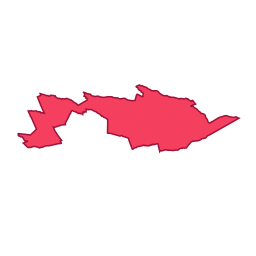 outline of Tepatlaxco de Hidalgo, Puebla, Mexico, rotated 105°
{"feature_id": "50627088B11175343650658", "entity_name": "Tepatlaxco de Hidalgo", "entity_type": "district", "adm_level": 2, "iso_a3": "MEX", "parent_name": "Mexico", "parent_adm1": "Puebla", "projection": "robinson", "projection_center": [-98.003, 19.146], "detail": "fine", "context": "isolated", "style": "filled", "palette": "rose", "viewbox_px": 256, "rotation_deg": 105, "n_neighbors": 0, "source": "geoboundaries", "source_scale": "gbopen_adm2", "svg_char_len": 5870}
<svg xmlns="http://www.w3.org/2000/svg" viewBox="0 0 256 256"><g transform="rotate(105 128 128)"><path d="M132.1,66.4L130.0,65.7L125.0,63.4L124.0,61.9L123.4,60.1L122.9,59.2L122.1,56.8L120.5,54.7L118.9,53.6L118.7,52.4L117.9,51.3L117.5,50.4L115.1,49.3L113.5,47.4L89.8,23.3L89.5,26.0L89.2,26.7L90.0,27.6L90.5,29.0L90.8,33.2L90.8,34.2L90.5,35.7L91.2,37.8L91.7,38.7L92.9,40.1L93.3,41.2L94.6,43.1L100.1,48.3L100.3,48.8L100.8,48.9L101.0,49.3L101.7,49.6L102.0,51.0L101.6,52.1L100.4,53.0L99.9,53.1L99.3,53.6L98.3,54.8L97.9,55.7L96.2,56.3L95.8,56.7L95.1,57.7L94.9,58.6L94.8,60.4L95.0,60.9L94.7,61.5L93.8,62.8L93.7,63.5L93.3,64.3L91.8,66.7L91.4,68.0L91.4,68.7L91.0,69.8L90.3,70.4L90.3,71.4L90.7,72.4L90.7,72.8L90.4,72.9L90.1,72.7L88.9,71.3L87.6,68.9L87.4,68.8L87.3,69.2L87.4,69.8L86.5,70.0L85.8,71.3L85.2,71.7L85.0,72.4L84.7,72.6L84.6,73.0L85.0,73.5L85.8,73.5L85.6,74.9L85.2,76.1L84.9,76.8L85.0,77.3L84.5,77.6L84.7,77.8L84.5,78.4L84.5,78.7L84.4,78.7L84.3,79.5L84.4,80.1L85.0,80.5L85.4,81.2L85.4,81.4L85.5,81.8L85.4,82.2L85.7,83.0L85.7,83.9L85.8,84.8L86.2,85.6L86.6,85.6L86.5,91.6L87.3,95.1L87.0,95.5L87.4,96.0L87.0,97.1L86.9,98.1L86.6,98.7L87.3,100.3L87.4,101.5L87.3,103.6L86.4,106.1L86.2,106.8L85.8,107.3L85.3,107.7L85.0,108.3L84.7,109.5L84.6,110.3L84.9,110.9L85.0,112.0L85.3,112.3L85.5,113.0L85.9,114.9L85.7,115.4L85.4,115.8L85.0,117.6L85.1,118.3L84.9,119.0L84.2,120.1L84.1,120.6L83.9,121.9L84.0,123.7L83.5,124.6L83.4,125.1L83.8,125.9L83.8,126.6L83.5,128.1L83.9,128.5L84.0,128.8L84.3,129.2L85.2,130.2L85.4,130.7L86.0,130.8L86.4,130.2L86.7,128.7L87.6,128.3L88.2,127.5L88.6,126.5L89.0,125.1L89.2,124.5L89.5,124.3L89.8,124.5L89.9,124.3L90.5,122.2L93.8,121.8L94.0,121.9L94.0,122.6L93.1,126.7L93.0,127.9L94.4,128.4L95.8,128.3L99.6,128.4L100.0,129.5L100.4,130.3L100.7,132.3L100.9,134.1L101.1,135.0L101.0,135.5L100.8,136.2L100.6,137.5L100.1,138.4L100.6,140.3L101.5,142.1L102.0,143.7L102.1,144.4L101.6,145.3L101.6,146.0L102.1,147.5L102.0,148.1L102.3,148.9L102.3,150.2L102.0,151.5L102.9,155.3L104.8,159.5L104.8,160.7L105.3,162.9L105.1,163.1L104.9,164.4L105.2,166.0L105.5,166.7L105.8,167.1L105.9,167.6L106.2,168.3L106.1,168.8L106.1,169.5L106.3,171.1L106.0,172.0L105.5,172.4L105.2,172.8L105.1,174.0L105.3,174.9L105.3,175.9L105.4,177.2L105.1,177.7L105.0,178.9L105.0,179.4L104.8,179.9L105.1,180.1L105.2,179.8L105.9,179.2L106.6,178.9L106.8,178.4L108.7,178.7L108.9,176.8L109.4,176.8L109.5,176.4L110.0,176.5L110.2,174.7L111.7,174.8L119.0,182.0L118.6,182.6L118.5,183.1L118.3,183.4L118.0,183.7L118.0,183.9L117.8,184.1L117.3,186.7L116.9,187.2L116.9,187.7L116.4,188.3L115.9,189.7L115.7,190.0L115.8,191.2L115.7,191.6L115.5,191.8L115.4,192.2L115.6,193.1L115.2,194.5L115.2,194.8L115.6,195.6L115.9,195.7L116.0,195.9L116.5,197.6L116.7,199.1L117.4,199.9L117.4,200.4L117.0,200.8L117.2,201.4L117.1,201.9L117.5,203.3L117.5,203.7L117.0,205.5L116.2,206.2L116.1,206.5L115.9,206.6L116.2,206.9L115.8,207.8L115.8,208.3L116.0,208.6L116.2,210.1L116.2,210.8L116.7,211.7L117.4,211.7L117.8,212.8L117.7,213.3L117.3,213.8L117.6,214.9L117.9,215.4L118.0,215.9L117.6,216.8L117.5,217.9L117.7,219.8L117.4,220.9L117.5,221.8L119.1,220.7L121.4,223.6L122.6,222.7L130.4,216.8L135.4,212.6L135.5,214.0L135.3,214.4L135.5,215.3L135.9,215.8L135.9,216.3L135.7,216.6L135.4,216.5L135.2,216.7L135.1,217.0L135.2,218.5L135.6,218.9L135.5,219.3L135.7,219.9L135.6,220.2L135.3,220.6L135.2,221.1L136.1,223.4L136.4,225.1L136.2,225.7L136.7,226.3L136.7,226.7L136.9,227.5L137.1,227.7L137.3,228.8L139.0,227.7L140.5,226.2L142.0,225.3L142.9,224.1L152.9,216.1L158.7,219.6L160.1,220.6L160.8,226.5L161.2,228.2L161.4,230.7L161.7,232.0L161.9,232.5L162.1,232.7L162.6,232.2L162.7,231.6L163.0,231.6L163.4,232.0L163.8,232.0L163.9,231.8L164.0,230.3L164.3,229.2L164.1,227.9L164.1,227.6L164.9,226.6L165.2,226.6L165.4,226.5L166.0,225.4L166.8,224.9L166.9,224.7L167.1,224.3L167.1,223.6L166.5,221.1L169.7,225.3L169.9,224.9L170.1,224.3L171.0,222.9L172.3,220.4L172.5,220.3L172.6,219.9L172.5,218.8L172.0,217.0L170.6,214.9L170.1,213.8L169.9,212.8L169.8,210.4L170.0,209.2L170.1,208.2L169.1,206.8L168.8,205.9L168.2,205.0L166.8,203.3L166.3,202.2L165.6,199.7L160.6,190.1L160.8,189.8L159.9,188.5L157.9,190.0L157.2,188.9L154.2,192.7L150.6,196.9L149.2,198.3L146.7,200.1L146.8,199.8L146.4,199.2L143.6,194.8L142.4,193.3L141.0,189.3L138.8,189.9L138.7,189.7L138.2,189.5L133.8,188.5L133.2,188.6L132.9,188.3L131.9,188.1L130.8,187.9L129.7,188.0L129.6,187.7L128.8,187.2L127.8,187.3L125.7,186.7L125.6,186.2L126.0,184.2L126.0,181.9L126.7,180.3L126.7,179.3L126.4,178.9L126.5,178.6L126.3,178.3L126.5,177.4L126.2,176.6L126.3,176.3L125.9,176.1L126.1,175.5L126.3,175.3L124.6,175.5L124.7,175.2L124.5,174.4L123.5,174.5L123.5,173.4L123.4,172.7L120.5,173.3L120.7,171.4L120.4,171.0L120.4,170.1L120.0,169.6L119.8,169.1L119.7,168.8L119.9,168.2L119.7,167.3L120.6,164.6L120.7,163.9L120.5,163.1L121.1,162.1L121.5,161.0L121.5,160.4L121.8,159.8L121.8,159.3L122.0,158.8L123.5,156.3L123.1,155.9L123.3,155.2L123.9,154.3L124.1,152.2L124.5,151.3L124.7,150.7L124.9,150.3L124.9,150.0L127.3,149.2L138.2,146.5L138.3,146.2L138.0,145.5L138.1,145.3L137.7,143.0L137.9,133.6L136.7,132.0L137.4,131.1L137.5,127.3L137.8,124.8L139.3,124.1L147.3,118.4L146.9,117.5L146.6,117.4L145.2,116.2L145.0,115.1L144.0,114.5L143.8,114.2L143.1,113.0L142.7,111.9L141.9,110.8L141.4,109.5L141.1,109.1L140.7,108.9L140.5,108.7L140.7,107.4L140.4,107.3L140.5,106.6L140.3,106.3L140.4,105.4L140.2,105.1L140.1,104.0L139.8,103.5L139.6,102.9L139.0,102.5L139.1,102.0L138.5,101.8L138.3,101.4L138.3,100.6L138.0,100.3L137.4,100.3L137.4,99.2L137.1,99.0L137.2,98.1L136.7,97.8L136.6,97.5L136.6,97.2L136.2,96.7L135.8,96.0L135.5,95.0L142.6,91.2L141.7,90.9L141.4,90.6L141.3,89.3L140.0,87.2L139.6,87.0L139.5,86.6L139.2,86.2L139.3,85.3L139.3,84.4L139.1,83.3L138.4,80.6L138.3,79.1L137.7,77.6L136.9,76.3L136.8,75.2L136.4,74.1L135.7,73.4L134.5,72.6L134.2,72.2L133.5,70.2L133.0,69.9L132.9,68.5L132.1,66.4Z" fill="#f43f5e" stroke="#9f1239" stroke-width="1.5"/></g></svg>